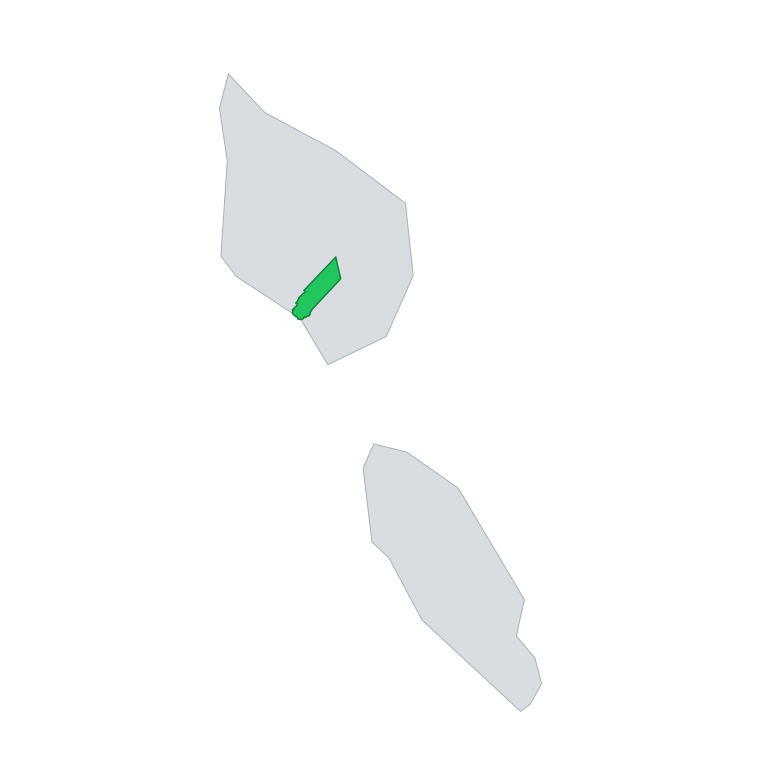 Satuipaitea, Satupa'itea, Samoa (highlighted), rotated 43°
{"feature_id": "51752279B75424084440116", "entity_name": "Satuipaitea", "entity_type": "district", "adm_level": 2, "iso_a3": "WSM", "parent_name": "Samoa", "parent_adm1": "Satupa'itea", "projection": "mercator", "projection_center": [-172.336, -13.708], "detail": "fine", "context": "in_parent", "style": "filled", "palette": "green", "viewbox_px": 768, "rotation_deg": 43, "n_neighbors": 0, "source": "geoboundaries", "source_scale": "gbopen_adm2", "svg_char_len": 1791}
<svg xmlns="http://www.w3.org/2000/svg" viewBox="0 0 768 768"><g transform="rotate(43 384 384)"><path d="M276.6,237.3L331.4,284.8L353.2,347.8L329.7,408.1L277.9,393.2L202.6,406.1L177.6,401.8L117.3,327.8L75.6,294.5L58.7,263.3L112.0,266.8L189.7,246.2L276.6,237.3ZM707.1,530.3L572.9,530.7L506.5,507.9L482.9,507.7L426.1,459.8L417.4,434.8L447.2,418.3L509.3,409.6L633.7,445.9L652.6,478.1L681.2,481.5L703.5,495.5L709.3,518.2L707.1,530.3Z" fill="#d9dde1" stroke="#a8b0b8" stroke-width="1"/><path d="M262.2,324.1L261.6,370.1L263.3,370.2L262.9,378.7L264.0,381.5L264.3,384.8L264.8,384.8L265.1,384.7L265.3,384.6L265.9,384.2L266.7,386.1L266.5,390.2L266.4,392.2L266.7,392.2L266.9,392.4L267.0,392.3L267.0,392.5L267.3,392.6L267.5,392.7L267.5,392.8L267.8,393.0L268.0,393.5L268.3,394.1L268.5,394.3L268.5,394.5L269.0,394.7L269.9,394.8L270.1,394.9L270.3,394.8L270.5,394.8L270.8,394.9L271.0,395.0L271.1,394.9L271.3,394.9L271.5,394.9L272.2,394.9L272.8,394.8L273.3,394.9L273.5,394.9L273.9,394.6L274.2,394.5L274.6,394.5L275.0,394.5L275.4,394.5L276.0,394.8L276.4,394.8L276.5,394.9L276.7,395.1L277.0,395.0L277.3,395.0L277.4,394.9L277.5,394.9L277.9,394.6L278.2,394.4L278.4,394.1L278.8,393.8L278.9,393.7L279.4,393.2L279.6,393.1L279.7,392.9L279.9,392.6L280.0,392.3L280.2,391.9L280.2,391.7L280.2,391.3L280.2,391.2L280.3,391.1L280.4,390.8L280.2,390.6L279.8,390.4L280.0,390.0L280.0,389.8L279.9,389.6L279.9,389.3L280.0,389.2L280.5,388.9L280.7,388.7L280.8,388.6L281.0,388.4L281.2,388.6L281.4,388.3L281.4,388.1L281.5,387.9L281.4,387.8L281.4,387.7L281.3,387.2L281.3,386.8L281.5,386.8L281.7,386.4L282.0,386.2L282.4,385.9L282.7,385.8L282.7,385.0L282.6,384.2L282.4,384.3L282.3,384.0L282.2,383.3L281.2,381.8L280.5,377.4L280.6,336.6L274.0,332.1L271.1,330.2L262.2,324.1Z" fill="#22c55e" stroke="#15803d" stroke-width="1.5"/></g></svg>